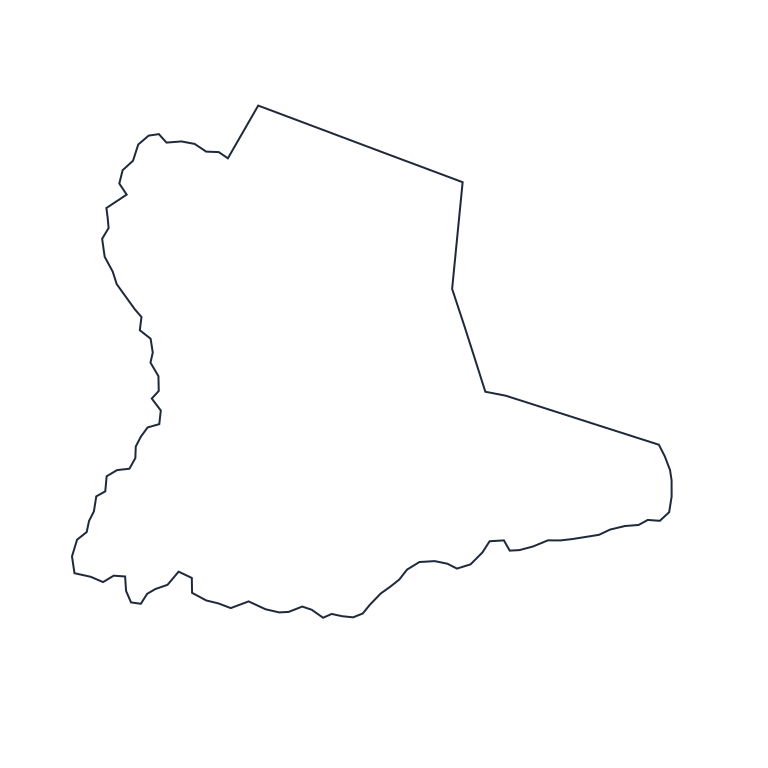 Igaracy, Paraíba, Brazil (Mercator projection), rotated 189°
{"feature_id": "56859067B32358496936618", "entity_name": "Igaracy", "entity_type": "district", "adm_level": 2, "iso_a3": "BRA", "parent_name": "Brazil", "parent_adm1": "Paraíba", "projection": "mercator", "projection_center": [-38.117, -7.159], "detail": "fine", "context": "isolated", "style": "outline", "palette": "slate", "viewbox_px": 768, "rotation_deg": 189, "n_neighbors": 0, "source": "geoboundaries", "source_scale": "gbopen_adm2", "svg_char_len": 1540}
<svg xmlns="http://www.w3.org/2000/svg" viewBox="0 0 768 768"><g transform="rotate(189 384 384)"><path d="M262.0,391.5L282.7,392.2L300.3,427.3L313.3,453.1L331.6,488.6L337.9,595.6L418.0,611.9L551.8,639.3L573.5,582.5L583.5,587.2L596.0,585.7L608.6,591.5L622.0,591.9L636.6,588.4L645.5,595.6L655.3,592.5L664.2,582.1L666.8,565.3L675.6,554.3L676.8,540.6L667.8,530.8L685.7,514.4L682.9,504.8L680.4,495.0L685.1,483.3L679.8,466.0L669.5,452.5L663.6,440.8L654.3,431.4L641.9,418.9L634.0,412.2L633.6,398.9L621.6,392.2L617.3,378.9L618.0,368.6L608.0,356.4L605.4,341.9L611.1,333.3L600.3,322.9L599.7,309.2L610.7,304.1L615.9,294.0L619.4,283.4L618.0,272.0L622.2,260.5L634.2,257.2L643.5,249.5L642.5,234.4L650.6,228.0L650.6,212.7L653.9,202.7L654.5,191.2L662.8,182.2L665.2,164.9L660.1,148.7L643.5,147.7L630.5,144.4L621.0,152.4L609.6,153.4L606.4,139.3L599.7,128.7L589.8,128.9L585.1,139.7L577.8,145.7L566.4,151.8L557.5,166.5L543.5,162.4L540.9,147.7L525.7,142.4L513.3,141.4L500.3,138.7L483.7,148.1L465.8,143.0L451.8,142.0L442.5,144.0L429.9,151.4L420.0,149.7L407.6,143.6L399.7,148.7L389.0,148.1L378.0,148.7L369.1,154.0L363.4,163.8L354.5,176.5L345.6,185.3L338.3,193.3L332.2,204.3L321.2,213.7L306.2,217.0L293.2,216.4L283.1,213.1L270.3,219.4L260.4,233.1L255.1,245.2L241.1,248.3L233.8,239.1L224.3,241.1L211.5,246.8L197.7,255.2L184.9,257.2L173.8,260.3L163.6,263.6L148.0,268.7L137.9,275.6L123.9,281.4L110.5,284.6L102.2,291.0L90.2,292.0L82.3,302.0L82.3,317.8L84.9,333.9L88.0,343.7L95.3,356.4L103.0,367.0L262.0,391.5Z" fill="none" stroke="#1e293b" stroke-width="2"/></g></svg>